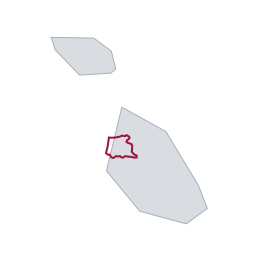 Mġarr highlighted on a map of Malta, rotated 14°
{"feature_id": "MLT-5924", "entity_name": "Mġarr", "entity_type": "state/province", "adm_level": 1, "iso_a3": "MLT", "parent_name": "Malta", "parent_adm1": "", "projection": "mercator", "projection_center": [14.373, 35.916], "detail": "fine", "context": "in_parent", "style": "outline", "palette": "rose", "viewbox_px": 256, "rotation_deg": 14, "n_neighbors": 0, "source": "natural_earth", "source_scale": "10m", "svg_char_len": 861}
<svg xmlns="http://www.w3.org/2000/svg" viewBox="0 0 256 256"><g transform="rotate(14 128 128)"><path d="M224.4,186.8L207.7,206.9L159.6,206.0L117.5,174.8L117.0,109.3L165.5,122.2L209.8,166.2L224.4,186.8ZM98.1,78.9L68.2,88.4L38.5,69.8L31.6,58.6L73.0,49.1L93.2,57.4L101.8,73.6L98.1,78.9Z" fill="#d9dde1" stroke="#a8b0b8" stroke-width="1"/><path d="M112.7,157.6L112.7,150.5L111.8,141.9L114.9,141.3L118.2,140.2L122.2,138.4L123.9,136.9L127.2,136.6L128.2,135.3L131.0,136.0L131.9,137.1L131.2,138.9L129.9,140.2L130.0,142.0L131.6,142.4L135.3,142.8L136.5,144.4L137.1,147.7L137.4,150.1L139.2,151.5L141.4,152.5L143.0,152.6L143.5,154.5L141.2,155.2L138.6,155.2L135.0,155.7L131.9,156.1L130.4,157.9L128.8,158.1L126.9,157.2L125.3,158.1L123.3,158.1L121.9,159.8L120.7,160.7L118.9,160.5L116.8,158.3L114.9,158.8L112.7,157.6Z" fill="none" stroke="#9f1239" stroke-width="2"/></g></svg>